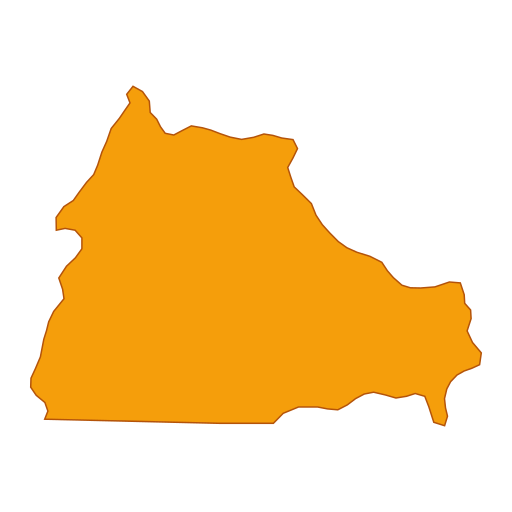 São João do Manteninha, Minas Gerais, Brazil (orthographic projection)
{"feature_id": "56859067B59814969540954", "entity_name": "São João do Manteninha", "entity_type": "district", "adm_level": 2, "iso_a3": "BRA", "parent_name": "Brazil", "parent_adm1": "Minas Gerais", "projection": "orthographic", "projection_center": [-41.155, -18.739], "detail": "fine", "context": "isolated", "style": "filled", "palette": "amber", "viewbox_px": 512, "rotation_deg": 0, "n_neighbors": 0, "source": "geoboundaries", "source_scale": "gbopen_adm2", "svg_char_len": 1503}
<svg xmlns="http://www.w3.org/2000/svg" viewBox="0 0 512 512"><path d="M44.7,419.2L219.5,423.3L244.3,423.3L273.4,423.3L283.2,413.3L298.5,407.0L309.5,407.0L317.7,407.0L327.5,408.9L337.8,409.8L347.3,404.9L355.6,398.6L364.3,394.0L373.6,392.2L385.2,394.9L395.9,398.0L406.5,396.3L415.2,393.5L424.8,396.3L428.8,406.7L433.8,422.3L444.6,425.7L447.5,416.2L445.5,407.9L444.5,398.6L446.8,388.9L450.6,381.7L457.0,375.0L464.1,371.0L472.0,368.2L479.6,364.7L481.3,352.9L472.5,342.5L467.1,330.9L471.1,318.6L470.6,310.0L464.7,303.3L464.2,294.7L460.3,282.9L449.4,282.0L434.9,286.9L420.7,288.0L410.4,287.8L401.9,285.2L393.3,277.6L387.4,270.8L381.8,262.3L369.9,256.3L357.0,252.3L346.8,247.7L338.3,241.6L329.7,232.9L322.3,224.7L316.0,215.2L311.4,203.6L302.7,195.0L294.2,186.9L290.7,176.9L287.7,167.5L293.0,157.9L297.5,148.6L293.0,139.6L281.7,138.0L272.9,135.4L263.9,134.0L253.7,137.3L241.6,139.4L230.1,137.1L219.9,133.6L210.8,130.1L202.5,127.8L191.3,125.9L182.3,130.5L173.8,135.0L165.2,133.3L160.5,126.8L156.7,119.2L150.2,112.5L149.3,101.1L142.5,91.6L133.0,86.3L126.7,94.3L130.0,102.9L125.0,110.1L119.4,118.3L111.2,128.5L106.7,141.4L101.9,152.1L97.7,165.1L93.7,174.6L86.6,182.3L79.2,192.2L73.3,200.5L63.9,206.6L56.1,217.5L56.3,230.2L65.1,228.4L75.1,230.2L81.9,237.9L81.9,248.8L75.4,257.8L66.5,266.2L58.8,278.0L62.6,289.2L64.0,298.7L53.7,311.4L48.7,321.8L46.5,330.7L43.8,339.3L40.4,356.9L35.4,368.7L31.0,378.2L30.7,387.2L36.2,395.3L44.9,402.5L47.9,411.1L44.7,419.2Z" fill="#f59e0b" stroke="#b45309" stroke-width="1.5"/></svg>